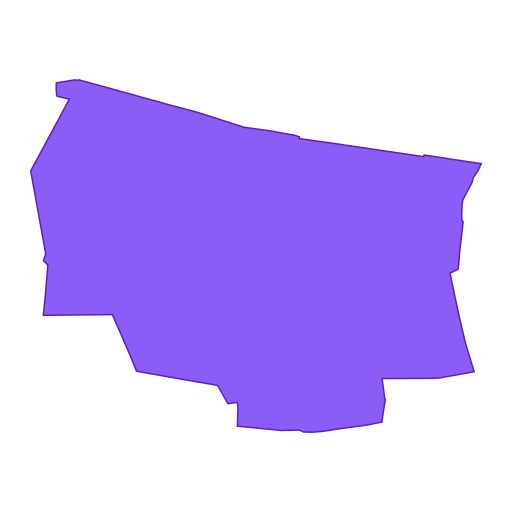 the district of Aloja, Alojas, Latvia
{"feature_id": "27541924B23831507803085", "entity_name": "Aloja", "entity_type": "district", "adm_level": 2, "iso_a3": "LVA", "parent_name": "Latvia", "parent_adm1": "Alojas", "projection": "robinson", "projection_center": [24.879, 57.768], "detail": "fine", "context": "isolated", "style": "filled", "palette": "violet", "viewbox_px": 512, "rotation_deg": 0, "n_neighbors": 0, "source": "geoboundaries", "source_scale": "gbopen_adm2", "svg_char_len": 1319}
<svg xmlns="http://www.w3.org/2000/svg" viewBox="0 0 512 512"><path d="M243.8,127.2L196.7,112.1L180.7,107.9L164.8,103.6L155.8,101.0L145.7,98.3L90.8,83.1L78.7,79.8L78.5,80.4L74.4,79.9L56.3,82.9L56.2,90.5L56.8,95.5L57.0,96.0L58.0,96.5L60.0,96.9L69.3,99.1L68.9,99.9L62.8,111.4L48.0,138.8L30.7,170.9L38.3,212.9L45.7,253.7L43.4,260.8L44.3,261.4L47.8,265.1L47.8,265.4L45.2,297.5L44.1,307.6L43.3,315.3L112.4,314.6L130.4,356.0L136.6,371.3L193.7,381.3L217.6,385.4L227.9,403.7L237.1,402.3L238.0,406.7L237.7,416.4L237.4,426.2L259.5,428.3L281.7,430.5L299.2,430.0L303.6,432.0L312.9,432.2L322.4,431.4L330.4,430.2L338.5,428.9L354.3,426.8L368.1,424.9L375.4,423.3L381.8,422.2L383.5,410.9L385.3,399.7L384.9,399.6L382.1,378.5L396.1,378.5L433.8,378.3L439.8,377.9L474.1,371.7L474.0,371.2L465.5,343.3L459.7,318.6L455.2,298.1L453.3,288.7L452.5,285.2L450.6,275.8L450.0,273.2L458.1,269.2L459.2,259.0L459.5,253.8L459.6,252.7L463.1,222.0L461.9,220.0L461.7,213.5L462.1,205.0L462.7,200.1L472.1,182.3L473.1,178.0L478.0,170.7L481.3,163.7L453.6,159.5L424.1,155.0L423.6,156.6L398.7,153.0L390.1,151.7L372.8,149.2L333.2,143.3L326.4,142.4L317.3,141.1L299.2,138.6L299.4,136.8L296.5,135.9L293.7,135.0L290.3,134.5L287.0,134.0L283.0,133.2L278.9,132.5L275.8,131.9L272.7,131.2L258.2,129.2L243.8,127.2Z" fill="#8b5cf6" stroke="#5b21b6" stroke-width="1.5"/></svg>